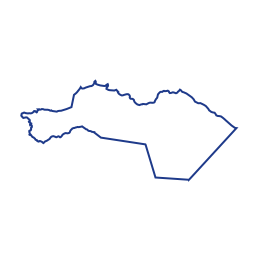 La Sorciere, Dennery, Saint Lucia (Albers equal-area conic projection), rotated 188°
{"feature_id": "8701671B33968538338102", "entity_name": "La Sorciere", "entity_type": "district", "adm_level": 2, "iso_a3": "LCA", "parent_name": "Saint Lucia", "parent_adm1": "Dennery", "projection": "albers", "projection_center": [-60.886, 13.974], "detail": "fine", "context": "isolated", "style": "outline", "palette": "blue", "viewbox_px": 256, "rotation_deg": 188, "n_neighbors": 0, "source": "geoboundaries", "source_scale": "gbopen_adm2", "svg_char_len": 5610}
<svg xmlns="http://www.w3.org/2000/svg" viewBox="0 0 256 256"><g transform="rotate(188 128 128)"><path d="M60.6,85.0L59.1,87.1L20.6,143.0L22.1,143.0L25.8,144.9L30.9,148.3L32.3,149.2L33.4,150.0L35.3,151.2L37.5,152.4L39.3,152.5L40.8,152.4L42.3,152.8L43.2,154.0L44.4,155.2L45.8,155.2L47.8,155.5L48.1,155.7L48.6,156.0L50.1,156.8L51.2,158.2L52.6,159.4L54.0,160.6L56.3,161.6L59.7,162.7L61.9,162.3L65.4,163.5L67.0,165.6L68.0,166.4L69.1,167.3L71.2,168.4L74.9,170.3L76.7,170.8L77.7,171.1L78.3,171.2L78.6,171.2L79.1,171.3L79.7,171.6L80.7,172.6L81.0,172.8L81.9,173.2L82.2,172.6L82.3,172.5L82.7,171.8L83.6,170.9L84.0,170.0L84.4,169.7L84.9,169.3L85.4,169.1L87.3,169.5L88.5,169.6L90.1,168.8L91.4,168.4L92.2,169.0L92.6,169.9L92.7,170.0L93.2,170.2L93.8,170.5L94.7,170.1L95.7,169.8L96.1,169.7L96.4,169.7L96.9,169.6L97.4,169.8L98.1,169.6L98.5,169.1L99.2,168.5L99.8,168.5L100.9,168.3L101.4,167.8L102.1,166.9L102.7,165.9L103.0,165.5L103.3,162.1L103.9,161.1L104.3,160.5L104.7,159.5L105.0,158.8L105.3,157.3L105.5,157.1L106.0,156.7L107.5,156.3L108.9,156.3L109.9,156.1L110.6,155.8L112.1,154.8L113.1,154.0L116.6,153.9L117.2,153.4L118.0,153.3L118.6,153.0L119.9,152.3L122.0,152.6L122.5,152.9L123.6,153.5L124.4,154.1L125.2,154.8L126.0,156.2L126.2,156.8L127.5,157.5L129.3,157.3L129.8,157.5L130.1,157.8L130.5,158.3L130.5,159.4L130.9,160.4L132.0,161.3L132.8,161.5L134.3,161.2L136.8,160.1L137.7,159.6L138.8,159.4L140.4,159.9L141.9,160.7L142.9,161.8L143.2,162.5L143.8,163.2L143.7,163.2L144.9,164.2L146.8,163.2L151.5,162.9L152.7,163.0L154.8,163.8L154.8,164.9L153.8,166.4L153.7,167.7L154.2,168.6L155.4,167.7L156.1,166.6L157.4,166.3L161.4,166.3L164.2,166.7L165.9,167.2L166.2,167.9L166.4,169.5L166.9,170.1L167.7,169.2L167.7,167.4L168.7,165.5L169.9,164.5L171.5,164.1L175.4,162.2L177.1,161.1L178.8,160.7L179.7,161.0L180.5,161.9L181.2,160.2L183.5,156.3L184.4,155.1L186.1,153.3L186.9,140.8L191.5,138.2L196.6,135.8L198.1,135.5L199.6,135.1L200.8,134.3L205.6,134.3L206.4,134.8L207.4,134.3L208.6,134.8L210.1,134.9L213.4,134.5L214.5,134.8L215.9,134.8L216.8,134.2L217.8,133.9L218.4,134.2L219.4,134.0L219.1,133.8L219.0,133.6L219.2,133.4L219.9,133.0L220.1,132.5L220.1,132.0L220.3,131.5L220.3,131.2L220.6,130.8L220.8,130.9L221.2,131.0L221.6,131.4L221.9,131.6L222.3,131.8L222.5,131.8L223.1,131.7L223.3,131.7L223.5,131.3L223.4,131.1L223.6,130.9L223.9,130.7L224.3,130.3L224.5,130.0L224.9,129.7L225.1,129.5L225.6,129.2L226.0,129.1L226.6,128.9L227.0,128.9L227.4,128.9L228.2,128.8L229.0,128.5L229.4,128.5L230.0,128.5L230.6,128.5L231.8,128.5L232.2,128.7L232.4,128.7L232.7,128.8L233.0,128.8L233.2,128.7L233.4,128.6L233.6,128.5L233.8,128.4L234.2,128.0L234.3,128.0L234.6,127.9L235.1,127.6L235.2,127.2L235.3,127.1L235.4,126.9L235.3,126.5L235.3,126.4L235.3,126.2L235.3,125.9L235.4,125.5L235.4,125.4L235.3,125.2L235.1,125.0L234.7,124.8L234.4,124.5L234.4,124.4L234.2,124.3L234.0,124.2L233.9,124.1L233.8,123.9L233.4,123.6L233.1,123.5L233.0,123.4L232.8,123.5L232.2,123.7L231.3,124.0L231.1,124.1L230.6,124.3L230.2,124.3L229.8,124.4L229.4,124.3L229.2,124.2L228.4,123.6L228.0,123.3L227.8,123.2L227.5,123.0L226.8,122.6L226.6,122.5L226.5,122.3L226.4,121.9L226.3,121.7L226.2,121.5L226.2,121.3L226.2,121.1L226.3,121.0L226.5,120.9L226.8,120.8L226.9,120.5L227.0,120.4L226.9,120.2L226.6,120.0L226.5,119.9L226.1,119.9L225.7,119.8L225.6,119.7L225.6,119.3L225.5,119.2L225.3,119.2L225.1,119.2L224.9,119.2L224.4,119.0L224.4,118.9L224.5,118.7L224.8,118.5L225.0,118.4L225.4,118.1L225.5,117.8L225.5,117.6L225.4,117.4L225.3,117.5L225.1,117.6L224.2,117.4L223.9,117.3L223.7,117.1L223.6,116.9L223.5,116.7L223.5,116.4L223.6,115.9L223.6,115.6L223.4,115.6L223.4,115.4L223.5,115.3L223.6,115.1L223.8,115.1L224.0,115.0L224.0,114.7L224.0,114.4L223.8,113.4L223.8,112.9L223.9,112.5L224.0,112.3L224.1,112.1L224.4,111.9L224.5,111.8L224.8,111.8L224.9,111.7L225.1,111.7L225.3,111.5L225.2,111.2L225.3,110.9L225.2,110.4L224.9,109.7L224.5,109.1L224.4,108.8L224.4,108.5L224.4,108.3L224.5,108.2L224.7,107.9L224.7,107.7L224.3,107.5L224.2,107.5L223.8,107.7L223.6,107.7L223.4,107.8L223.3,107.7L223.3,107.4L222.9,107.4L222.7,107.2L222.0,106.4L221.6,106.0L221.5,105.9L221.2,105.7L220.4,105.6L220.0,105.4L219.8,105.2L219.0,104.7L218.5,104.4L218.4,104.2L218.1,103.7L217.9,103.5L217.7,103.4L217.0,103.4L216.8,103.3L216.4,103.2L216.2,102.8L216.1,102.5L216.0,102.4L215.8,102.3L215.3,102.3L215.0,102.3L214.7,102.1L214.2,102.3L214.0,102.7L213.9,102.7L213.5,102.8L213.0,102.8L211.6,102.4L210.9,102.1L210.6,101.8L210.1,101.5L209.7,101.3L208.9,102.2L208.7,102.6L208.2,103.2L207.6,103.5L206.2,104.4L205.7,104.9L205.4,105.2L204.5,105.9L204.1,106.3L204.0,106.6L203.6,107.3L203.5,107.6L203.1,108.2L202.8,108.5L202.6,108.7L202.4,108.8L202.2,109.0L201.5,109.3L200.9,109.5L200.5,109.5L199.9,109.4L199.6,109.3L199.3,109.3L199.0,109.2L198.3,109.0L198.0,108.9L197.6,108.9L197.4,109.0L196.6,109.6L195.7,110.1L195.2,110.0L195.0,109.9L194.8,109.8L194.5,109.7L194.2,109.4L193.7,109.4L193.6,109.5L193.3,109.7L192.8,110.4L192.4,111.0L192.2,111.5L192.1,111.8L191.9,112.1L191.4,112.7L190.9,113.2L190.0,113.8L189.7,114.0L189.3,114.2L188.9,114.3L188.5,114.3L188.2,114.3L187.7,114.3L187.2,114.3L186.8,114.4L186.6,114.5L186.2,114.7L185.8,114.8L185.1,115.5L184.7,117.3L183.9,118.6L183.5,119.0L183.1,119.7L182.8,119.9L181.6,120.5L181.2,120.5L179.8,121.3L179.1,121.5L178.1,122.0L176.8,122.0L175.8,122.4L174.5,122.8L173.7,123.2L172.0,122.3L170.6,121.6L169.3,120.9L168.8,120.9L168.3,120.8L167.7,120.4L167.1,119.9L166.0,119.6L165.3,119.7L164.5,119.7L163.7,119.4L163.3,119.2L162.4,119.2L161.8,119.2L161.2,119.0L160.9,119.1L160.9,118.9L153.5,114.7L108.5,114.2L108.2,113.8L93.9,82.8L60.7,85.2L60.6,85.0Z" fill="none" stroke="#1e3a8a" stroke-width="2"/></g></svg>